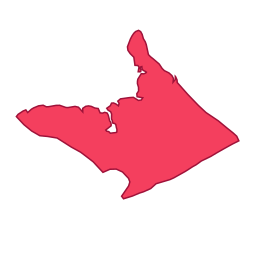 Ngerkesowaol, Palau, rotated 138°
{"feature_id": "81905179B86075584623295", "entity_name": "Ngerkesowaol", "entity_type": "district", "adm_level": 2, "iso_a3": "PLW", "parent_name": "Palau", "parent_adm1": "", "projection": "albers", "projection_center": [134.492, 7.341], "detail": "fine", "context": "isolated", "style": "filled", "palette": "rose", "viewbox_px": 256, "rotation_deg": 138, "n_neighbors": 0, "source": "geoboundaries", "source_scale": "gbopen_adm2", "svg_char_len": 2176}
<svg xmlns="http://www.w3.org/2000/svg" viewBox="0 0 256 256"><g transform="rotate(138 128 128)"><path d="M54.2,44.3L52.7,49.1L53.2,54.1L54.5,62.0L56.1,72.9L59.7,87.3L60.6,97.7L61.1,112.8L61.0,128.8L59.4,130.9L58.3,134.3L58.3,134.7L60.3,132.4L63.8,131.9L61.1,134.4L60.3,137.6L60.7,141.5L62.6,146.3L62.8,149.3L62.0,154.6L63.0,162.4L63.6,166.0L63.7,168.9L58.6,177.8L57.5,180.5L56.8,184.1L54.8,188.2L54.1,191.2L54.8,193.5L57.8,194.6L60.3,194.5L63.5,193.7L66.7,192.5L74.1,188.7L76.1,185.7L76.6,181.8L76.3,176.7L80.9,169.9L78.9,167.9L79.0,166.0L82.8,163.0L81.4,161.6L80.5,161.6L79.4,162.5L79.1,164.3L77.6,164.9L76.6,164.4L77.9,162.7L78.2,160.7L77.4,158.9L77.0,157.2L77.9,157.0L79.2,157.4L80.2,157.8L81.1,158.8L81.7,159.5L88.0,157.7L89.6,156.5L91.3,154.7L92.9,151.3L95.4,148.4L98.5,147.6L100.3,145.2L98.5,142.7L96.8,140.6L99.4,139.9L101.8,141.5L103.5,147.2L106.7,149.7L114.1,154.7L117.6,154.8L118.2,152.2L120.3,150.9L120.9,153.9L122.0,156.3L123.6,157.5L126.2,156.4L130.6,156.9L130.9,154.7L130.0,151.7L130.8,149.4L133.9,146.1L134.3,145.5L134.6,144.3L135.4,142.8L136.0,141.6L135.0,140.5L134.7,138.9L135.5,137.5L136.2,136.4L137.3,134.2L138.8,132.7L139.4,132.4L141.0,133.4L142.8,134.7L144.6,135.9L144.7,138.2L146.0,139.9L145.9,141.4L141.0,141.1L139.3,140.9L138.4,141.5L137.0,143.8L136.9,145.5L134.1,150.7L133.5,153.1L134.8,155.2L137.0,156.1L138.6,157.9L137.1,162.4L139.3,165.1L140.8,168.6L142.5,170.8L144.9,172.4L148.5,172.9L150.9,170.2L150.9,174.6L150.9,176.6L152.9,179.5L159.0,183.4L160.4,184.8L163.6,190.6L166.4,193.0L172.8,197.0L174.5,198.4L175.8,201.7L179.6,204.3L184.7,206.1L187.2,206.6L192.2,206.6L191.8,209.8L194.5,210.8L197.1,211.2L200.5,211.7L203.3,211.2L203.3,209.9L203.1,200.1L201.6,190.2L198.7,181.3L193.4,175.5L187.4,168.0L182.9,151.8L179.4,141.7L178.2,135.5L176.5,126.2L176.3,111.8L169.0,109.4L164.2,105.3L161.5,99.0L161.3,90.2L161.6,89.5L162.7,86.7L164.5,85.6L166.4,84.5L175.0,82.4L178.4,81.6L178.7,78.4L170.3,74.5L163.1,72.0L159.1,70.2L151.7,67.8L144.4,67.8L131.4,61.6L127.3,60.3L122.4,59.2L114.5,57.4L111.0,56.8L105.9,56.0L102.0,55.1L95.5,54.4L85.5,51.5L79.3,50.3L70.6,48.4L63.2,46.7L60.7,46.1L54.2,44.3Z" fill="#f43f5e" stroke="#9f1239" stroke-width="1.5"/></g></svg>